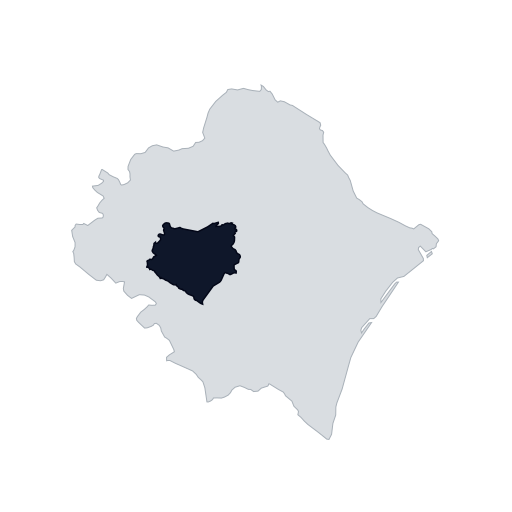 Worodougou on a map of Ivory Coast (Natural Earth projection), rotated 310°
{"feature_id": "CIV-3443", "entity_name": "Worodougou", "entity_type": "Region", "adm_level": 1, "iso_a3": "CIV", "parent_name": "Ivory Coast", "parent_adm1": "", "projection": "natural_earth1", "projection_center": [-6.431, 8.415], "detail": "fine", "context": "in_parent", "style": "filled", "palette": "ink", "viewbox_px": 512, "rotation_deg": 310, "n_neighbors": 0, "source": "natural_earth", "source_scale": "10m", "svg_char_len": 7889}
<svg xmlns="http://www.w3.org/2000/svg" viewBox="0 0 512 512"><g transform="rotate(310 256 256)"><path d="M141.7,112.8L143.1,112.8L146.7,111.5L150.0,108.8L153.1,103.0L157.2,98.3L161.9,98.7L163.2,97.8L164.9,97.7L166.8,100.7L168.8,103.1L170.2,103.1L171.2,107.5L179.7,109.4L183.3,110.6L186.3,113.8L187.4,113.9L188.7,113.2L189.7,112.1L189.9,110.8L188.6,107.9L189.2,105.3L190.5,103.0L192.7,102.8L196.0,102.2L199.8,102.2L202.6,102.6L203.7,100.3L202.7,93.7L202.9,90.1L203.4,87.1L204.4,85.8L208.6,89.7L212.5,91.0L215.2,91.2L216.0,90.4L214.8,86.3L215.1,85.0L216.2,84.3L218.0,83.9L222.9,82.2L223.4,82.5L224.3,89.1L223.9,91.2L224.9,95.7L226.2,99.8L226.1,101.5L225.0,104.1L223.8,106.4L223.9,107.4L225.9,109.0L229.6,110.7L233.5,111.0L235.6,108.6L237.9,106.7L239.4,104.9L240.0,102.3L242.4,100.4L249.4,98.0L255.9,97.7L257.4,98.4L260.4,102.1L264.1,104.5L269.7,104.2L273.8,105.7L277.3,108.5L279.7,114.7L282.3,119.1L283.4,125.5L287.5,128.8L290.7,130.4L295.1,135.0L299.6,137.3L304.2,136.8L306.4,139.2L309.9,140.9L313.4,141.0L316.4,135.7L320.4,133.6L330.7,129.3L334.7,127.4L338.8,126.2L348.6,125.8L357.7,127.1L362.3,128.1L365.4,127.4L368.3,129.9L371.4,135.2L373.9,136.9L376.4,138.7L378.3,142.9L380.6,147.1L381.8,148.9L384.5,153.0L386.9,153.1L389.2,151.3L390.2,150.0L390.6,152.7L389.7,157.1L389.9,159.8L391.2,160.8L390.5,164.3L387.9,170.3L387.8,173.8L390.5,174.9L392.4,178.6L393.6,185.0L394.8,187.2L394.9,188.5L396.9,203.9L399.3,219.4L397.8,221.5L395.7,222.1L394.3,222.8L393.9,224.2L394.8,226.3L394.3,228.3L391.7,229.6L386.0,234.5L385.6,236.5L384.1,240.7L382.9,243.3L381.0,248.0L378.1,260.6L377.0,271.0L376.9,274.2L375.7,276.5L374.4,279.7L368.3,288.6L365.1,295.9L365.6,299.1L365.7,302.3L364.8,304.6L365.0,310.7L365.7,315.9L366.8,320.9L371.3,335.3L373.7,344.0L375.1,351.0L376.4,355.7L377.6,357.6L378.1,359.4L384.8,360.7L386.1,361.7L387.9,370.9L387.6,375.0L386.3,376.6L386.3,380.1L386.0,384.4L385.1,386.1L381.3,386.3L378.8,388.0L375.5,387.3L375.2,386.3L373.4,385.9L368.4,383.4L369.2,375.5L367.0,375.1L365.2,376.2L361.7,385.7L360.0,387.3L335.4,382.4L330.1,378.5L323.6,377.6L312.5,378.0L303.3,379.2L300.7,381.6L323.9,380.2L326.4,380.5L327.6,381.9L298.2,385.1L287.0,386.9L283.7,386.4L281.1,383.4L269.0,383.0L266.5,384.0L264.9,386.3L269.7,385.8L277.3,385.6L279.3,387.3L255.7,389.6L239.2,393.9L232.3,397.0L209.4,407.5L195.4,412.4L191.7,414.2L185.4,419.3L177.2,422.5L168.0,428.5L162.4,429.8L161.2,427.9L161.0,417.8L160.3,404.2L160.6,399.0L161.3,394.1L161.3,390.1L164.1,388.6L164.9,386.9L165.3,381.6L167.9,376.8L167.9,368.4L168.7,366.7L169.3,364.4L168.2,359.0L166.7,348.6L166.0,347.9L165.4,348.4L163.9,348.6L158.2,345.0L153.8,344.4L150.6,341.3L150.4,337.8L148.9,335.8L147.9,331.7L146.3,327.1L142.0,324.3L137.8,323.7L134.9,324.3L131.5,324.1L127.6,322.5L124.9,320.8L122.3,317.4L119.9,314.7L118.0,315.0L115.7,314.4L113.4,313.2L112.7,312.2L122.2,301.5L125.5,296.2L125.8,293.0L125.9,289.8L126.9,286.4L127.2,281.4L121.9,262.9L120.6,257.2L119.2,255.5L118.3,254.9L120.9,252.6L124.6,253.2L130.2,255.0L131.5,253.2L135.7,243.9L135.6,240.4L135.2,238.1L137.7,231.7L139.7,229.2L140.7,226.5L140.4,222.9L138.9,221.6L136.9,221.8L134.6,220.9L131.0,218.8L129.2,217.0L129.7,208.6L130.1,206.0L131.3,204.5L133.3,204.1L138.9,203.8L143.4,204.8L147.4,205.3L149.5,205.3L151.2,207.8L153.5,210.4L155.5,210.3L156.2,208.4L155.7,200.1L154.4,195.7L151.4,191.5L143.5,187.9L143.3,182.8L144.1,177.4L145.8,175.3L151.7,171.9L150.6,170.0L148.8,168.0L145.1,166.0L145.9,159.4L146.1,153.6L143.0,154.2L139.8,154.6L137.1,152.8L134.8,149.2L134.4,139.4L134.4,128.1L134.0,123.1L134.9,120.5L137.6,118.0L140.7,114.8L141.7,112.8ZM372.3,387.5L371.0,389.6L364.8,388.3L366.3,386.4L372.3,387.5Z" fill="#d9dde1" stroke="#a8b0b8" stroke-width="1"/><path d="M230.2,251.7L229.3,250.3L228.6,249.7L227.3,249.2L225.5,248.4L225.1,248.1L224.9,247.7L224.7,246.1L224.6,245.8L224.6,245.5L224.0,244.5L223.5,243.0L222.0,242.9L215.0,244.9L213.6,245.0L212.5,244.9L205.5,242.5L188.3,243.7L186.9,244.1L185.9,244.8L184.8,246.1L184.3,244.7L184.0,242.8L183.8,239.2L183.7,238.9L183.3,238.3L183.2,237.7L183.2,236.8L183.3,236.5L183.5,236.1L184.0,235.4L184.5,234.9L184.8,234.2L184.8,233.1L184.2,231.4L183.4,229.1L183.2,228.0L183.2,226.1L183.3,225.7L183.7,224.9L183.8,224.5L183.5,223.6L183.1,222.9L182.9,222.1L183.2,221.1L182.6,220.4L182.0,218.9L181.7,217.6L182.2,216.7L182.2,214.3L182.2,214.0L182.3,213.6L182.9,213.2L182.0,212.6L181.2,211.7L180.8,210.6L180.3,207.3L180.3,205.0L180.0,203.8L179.4,202.3L179.2,200.2L178.8,199.1L178.3,198.1L177.7,197.5L178.3,197.3L178.4,197.0L178.0,196.8L177.4,196.8L177.8,195.8L178.0,194.7L178.0,192.7L178.6,190.1L178.7,189.1L178.8,188.7L179.2,188.2L179.3,187.8L179.2,187.4L178.8,186.5L178.7,186.1L178.6,185.1L178.4,184.3L178.0,183.7L177.4,183.3L177.7,182.9L177.9,182.4L178.0,181.8L178.0,181.1L178.3,180.4L178.3,180.1L177.9,180.0L177.5,180.0L177.3,179.8L177.2,179.6L177.3,179.4L178.0,179.2L179.2,178.8L179.8,178.3L180.6,177.5L181.1,177.1L181.6,176.5L181.6,176.3L181.6,176.2L181.9,176.0L182.1,175.9L182.4,175.8L182.8,176.0L183.1,176.1L183.2,176.3L183.3,176.4L183.5,176.5L184.0,176.7L184.8,176.6L185.1,176.7L185.3,176.8L185.4,177.0L186.0,177.9L186.1,178.1L186.3,178.3L186.5,178.4L186.8,178.5L187.0,178.5L187.3,178.6L188.1,178.5L189.4,178.2L189.7,178.2L190.0,178.4L190.2,178.6L190.4,178.7L190.8,178.7L191.3,178.7L191.6,178.8L191.9,178.9L192.2,179.3L192.4,179.4L192.5,179.4L192.6,179.1L192.6,178.7L192.4,176.3L192.4,176.2L192.4,175.5L192.4,175.1L192.5,174.7L192.8,174.2L192.9,173.8L193.0,173.4L193.3,173.1L193.8,172.8L195.6,172.3L196.2,172.1L196.8,171.6L197.2,171.4L198.4,171.0L200.1,169.8L201.8,170.1L201.4,170.4L201.3,171.0L201.9,171.7L202.2,172.0L202.4,172.2L202.7,172.3L206.7,172.6L207.1,172.4L207.6,172.1L208.4,171.3L208.7,170.8L208.8,170.4L208.4,169.4L208.3,169.1L208.3,168.8L208.3,168.5L208.5,168.3L208.6,168.1L208.8,167.9L209.0,167.8L209.4,167.7L210.1,167.7L210.4,167.8L210.7,167.9L211.2,168.5L211.5,168.9L211.6,169.3L212.0,170.5L212.2,170.9L212.5,171.4L212.8,171.8L213.0,171.9L213.3,172.1L213.5,172.1L213.9,171.9L214.5,171.5L215.4,170.2L216.2,168.8L216.5,168.6L217.0,168.3L217.4,168.3L217.7,168.2L218.0,168.0L218.3,167.4L218.5,166.2L218.7,165.7L218.9,165.4L219.3,165.0L220.6,164.8L221.5,165.0L221.8,165.0L222.2,165.1L222.7,165.2L223.7,165.9L224.8,167.5L225.0,168.0L225.1,168.3L225.1,168.6L225.0,168.9L224.9,169.2L224.8,169.4L224.2,170.0L224.0,170.4L223.3,171.9L223.2,172.2L223.2,172.5L223.2,172.9L223.2,173.1L223.3,173.4L223.5,173.9L224.0,174.7L224.1,175.0L224.4,175.9L224.5,176.1L224.6,176.3L227.6,178.5L228.6,179.1L228.8,179.3L229.0,179.5L229.1,180.0L229.1,180.7L229.2,181.0L230.0,183.0L237.2,195.9L237.6,196.1L247.2,200.2L253.4,202.0L253.7,202.9L257.5,205.4L257.0,206.1L256.6,206.3L255.4,206.2L254.6,205.8L254.1,205.8L253.7,205.9L253.3,206.1L253.0,206.4L253.2,206.5L253.6,206.9L254.9,208.7L255.4,209.2L255.7,209.3L255.8,209.5L256.0,209.8L256.4,209.9L258.0,209.9L258.3,210.1L258.4,210.4L258.4,210.8L258.5,211.0L260.8,211.6L261.1,211.7L262.0,212.5L262.6,212.8L262.8,213.0L263.0,213.2L263.5,214.4L263.7,214.7L264.2,215.0L264.9,215.3L265.5,215.7L265.9,216.6L264.9,216.6L265.8,219.3L265.9,220.7L265.2,221.9L264.5,221.9L263.9,221.9L263.2,222.1L263.7,223.4L263.6,224.2L263.3,224.7L262.7,224.5L262.3,225.2L261.7,224.9L260.9,224.6L260.2,224.8L259.8,225.6L259.1,225.4L257.7,225.4L257.1,225.5L256.9,225.6L256.9,226.5L256.9,226.9L256.8,227.3L256.5,227.6L253.8,229.7L252.5,230.3L250.5,230.7L248.9,230.5L248.5,230.5L247.8,230.6L247.4,230.8L246.9,233.4L246.9,233.9L247.2,234.9L247.3,235.5L247.4,235.8L247.4,236.1L247.3,236.4L247.2,237.0L247.0,237.5L246.3,238.6L246.2,238.9L246.0,239.8L246.0,240.1L246.1,240.8L246.2,241.4L246.4,242.2L246.4,242.6L246.2,243.1L245.8,243.9L245.5,244.3L244.7,244.8L243.4,244.9L242.9,245.0L242.2,245.2L241.3,245.9L240.4,246.5L239.6,246.8L235.9,245.2L235.3,245.0L234.8,245.1L233.3,246.4L231.9,247.8L231.8,248.4L231.7,248.9L231.9,249.8L231.9,250.1L231.7,250.4L231.6,250.7L230.2,251.7Z" fill="#0f172a" stroke="#020617" stroke-width="1.5"/></g></svg>